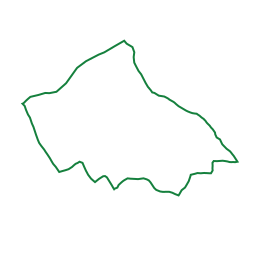 Esan South-East, Edo, Nigeria (orthographic projection), rotated 247°
{"feature_id": "59680162B32427656470349", "entity_name": "Esan South-East", "entity_type": "district", "adm_level": 2, "iso_a3": "NGA", "parent_name": "Nigeria", "parent_adm1": "Edo", "projection": "orthographic", "projection_center": [6.432, 6.577], "detail": "fine", "context": "isolated", "style": "outline", "palette": "green", "viewbox_px": 256, "rotation_deg": 247, "n_neighbors": 0, "source": "geoboundaries", "source_scale": "gbopen_adm2", "svg_char_len": 2370}
<svg xmlns="http://www.w3.org/2000/svg" viewBox="0 0 256 256"><g transform="rotate(247 128 128)"><path d="M191.6,40.4L188.6,41.5L184.6,41.2L179.5,41.2L175.9,41.8L169.7,41.3L166.0,41.4L161.2,41.0L157.7,40.7L154.0,40.5L152.6,40.4L148.9,40.4L145.3,41.2L140.9,42.4L138.4,42.8L135.1,43.5L130.7,44.3L127.1,44.7L124.2,45.1L120.5,46.3L116.5,47.1L114.4,47.5L114.0,50.8L113.6,53.8L113.3,57.2L114.0,61.3L114.8,63.5L115.5,65.8L115.5,68.0L115.9,70.2L113.7,72.5L109.7,72.5L105.0,72.6L103.2,72.8L100.6,73.0L95.8,74.2L93.3,75.4L91.1,76.5L92.5,81.5L93.3,86.3L92.7,88.1L90.8,89.3L86.9,89.9L81.7,90.7L78.9,91.0L77.1,91.3L77.4,91.9L77.3,92.7L77.3,94.9L79.2,97.1L80.3,100.1L81.0,102.3L81.4,104.2L81.8,107.9L80.3,110.6L78.5,114.3L77.0,117.3L76.4,119.6L75.6,122.6L73.4,125.2L71.6,126.7L69.1,127.5L63.6,128.5L62.5,128.7L60.0,129.8L58.9,130.9L57.0,132.8L55.6,135.1L54.1,138.8L53.1,141.1L51.1,143.5L48.7,145.6L46.2,148.2L46.7,149.0L49.8,153.1L50.9,157.2L52.5,159.4L52.8,159.8L55.3,163.1L59.0,166.4L60.4,167.5L59.7,171.7L59.4,174.3L57.9,177.3L56.8,180.7L56.5,181.2L55.7,182.9L54.6,185.1L53.9,186.7L55.8,189.3L57.9,190.0L60.1,191.1L63.0,192.2L64.1,194.0L62.7,197.0L60.9,202.3L59.8,204.2L58.4,206.4L56.9,208.3L56.2,209.8L55.5,211.7L54.7,213.2L54.2,215.6L57.7,215.0L61.1,214.4L63.4,213.7L64.7,213.4L66.7,212.8L69.4,211.2L70.6,210.5L71.5,210.2L74.3,209.1L76.2,208.4L78.3,208.3L81.5,208.2L84.7,205.9L86.6,205.9L87.9,205.8L89.8,206.3L93.7,205.5L96.0,204.6L98.3,204.1L100.9,203.0L102.3,202.5L104.3,202.1L104.7,202.0L105.6,201.6L106.0,201.4L106.9,201.2L107.8,200.5L109.4,199.6L111.3,198.7L113.4,197.3L114.3,196.8L115.3,195.0L116.5,193.1L117.9,191.5L118.5,190.9L119.2,190.2L120.0,189.4L121.4,188.2L126.7,184.3L128.3,183.1L131.2,181.6L132.8,180.9L134.1,180.2L138.1,177.1L138.9,176.8L140.4,175.7L142.8,173.7L145.8,168.9L146.0,168.8L150.0,166.0L151.3,164.2L152.5,164.0L153.9,163.7L156.2,163.0L156.4,163.0L156.5,162.9L157.2,162.7L158.1,162.4L162.7,161.8L168.2,161.4L172.3,161.1L172.7,161.0L173.4,160.8L176.4,160.0L179.9,159.7L181.0,159.6L185.7,159.3L189.7,160.5L190.7,160.8L191.2,161.0L195.3,163.4L200.7,163.7L202.0,162.8L204.8,160.7L206.2,159.7L209.8,158.6L208.5,147.7L206.9,135.7L207.0,129.7L205.9,115.5L203.3,104.8L202.7,103.7L196.2,93.1L193.4,88.5L189.3,76.3L190.8,69.2L192.6,65.5L193.4,58.5L194.8,50.3L194.0,47.7L193.1,45.1L191.6,41.5L191.6,40.4Z" fill="none" stroke="#15803d" stroke-width="2"/></g></svg>